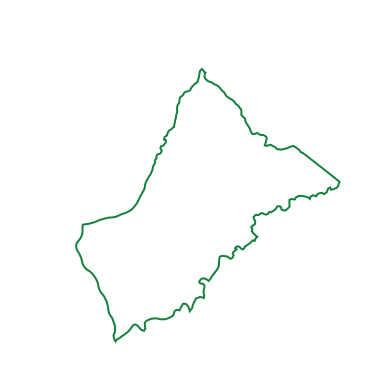 Itaí, São Paulo, Brazil (Albers equal-area conic projection), rotated 243°
{"feature_id": "56859067B26422761030240", "entity_name": "Itaí", "entity_type": "district", "adm_level": 2, "iso_a3": "BRA", "parent_name": "Brazil", "parent_adm1": "São Paulo", "projection": "albers", "projection_center": [-49.058, -23.483], "detail": "fine", "context": "isolated", "style": "outline", "palette": "green", "viewbox_px": 384, "rotation_deg": 243, "n_neighbors": 0, "source": "geoboundaries", "source_scale": "gbopen_adm2", "svg_char_len": 4332}
<svg xmlns="http://www.w3.org/2000/svg" viewBox="0 0 384 384"><g transform="rotate(243 192 192)"><path d="M124.2,63.6L121.5,63.1L119.5,63.1L117.0,63.5L114.9,63.6L112.7,63.2L110.9,63.0L109.3,62.8L106.8,62.3L105.0,61.2L103.0,60.3L101.7,59.2L100.3,57.3L98.6,56.5L95.7,55.9L93.6,55.9L94.7,58.4L94.6,61.0L95.2,62.8L95.5,65.9L95.9,68.6L96.6,71.6L97.4,74.0L98.6,76.2L100.2,79.5L99.6,81.4L98.2,82.5L96.7,83.1L92.3,84.1L90.1,86.1L91.5,88.4L94.6,89.4L96.7,90.5L97.8,92.4L97.9,94.7L97.4,98.6L96.4,101.3L95.2,103.5L93.0,105.9L90.9,110.2L90.3,113.2L90.2,116.1L90.5,118.9L92.2,120.9L93.7,122.3L94.1,124.6L92.2,127.2L95.0,130.8L96.5,133.5L95.0,135.8L92.3,136.6L89.0,136.4L86.9,135.9L88.6,139.6L90.7,141.2L92.3,143.1L93.3,144.7L95.3,147.1L95.0,149.6L94.9,151.5L93.6,153.0L92.2,154.4L94.5,156.0L97.7,156.9L99.6,158.1L101.5,159.9L103.6,160.8L105.1,160.1L106.5,158.2L108.0,157.4L109.4,158.3L110.4,161.2L109.7,163.5L107.3,165.4L105.1,166.6L106.5,169.5L108.0,171.7L109.1,174.2L111.4,178.8L112.5,180.7L113.7,182.0L115.5,183.3L119.0,185.2L121.8,187.5L121.3,190.1L118.9,193.7L117.0,194.9L115.0,196.0L115.0,198.2L116.7,200.3L118.8,200.4L119.8,201.6L120.6,205.8L122.4,204.9L123.1,207.0L122.2,209.0L118.1,210.7L117.9,212.7L119.2,214.0L119.5,216.1L119.8,218.3L120.2,220.5L120.7,222.4L121.3,224.3L119.9,225.4L121.6,227.3L122.5,229.9L124.4,228.9L127.2,228.0L130.1,227.5L131.5,229.1L133.9,228.8L134.5,230.8L134.7,233.3L136.4,234.7L138.3,235.1L139.9,235.0L142.0,235.6L142.7,238.8L141.6,239.9L141.3,241.6L141.7,243.2L141.3,245.1L139.6,246.1L138.1,248.0L138.1,249.9L139.2,251.9L138.1,253.1L138.1,255.0L138.4,257.6L139.2,259.3L140.4,261.5L139.4,263.9L137.5,264.3L135.9,263.8L134.5,264.6L133.2,266.6L133.7,269.7L134.7,272.3L137.0,273.3L138.7,274.2L140.6,275.1L140.7,277.5L139.5,278.7L138.7,280.4L139.8,281.6L140.0,283.4L140.0,285.6L138.8,287.8L137.1,290.1L135.7,291.7L134.1,293.2L132.3,293.8L134.1,295.7L134.2,298.4L131.8,300.5L133.2,303.1L133.0,305.2L132.1,307.7L130.1,308.7L130.5,311.7L132.1,313.6L133.4,315.2L133.2,317.2L131.0,316.8L130.2,319.3L130.2,321.3L130.1,323.2L131.0,325.0L132.8,326.6L134.2,328.1L152.1,319.9L176.3,308.6L177.7,307.2L180.2,306.7L182.6,305.8L184.3,304.8L186.0,304.0L187.2,302.9L187.8,299.1L187.8,296.4L188.3,294.8L188.8,292.3L189.5,290.2L191.7,287.1L194.3,286.4L196.2,285.0L198.3,283.6L198.9,281.6L199.2,279.4L200.5,278.0L201.8,279.4L203.6,281.0L205.9,283.0L207.8,283.1L210.3,281.6L211.8,278.9L215.1,276.7L215.3,273.8L216.2,272.2L219.2,271.8L222.5,272.3L226.1,272.0L228.2,271.7L230.4,271.6L232.9,272.6L235.9,271.7L238.0,270.9L241.8,272.8L243.7,273.3L245.6,272.6L247.5,272.6L250.9,270.9L252.5,270.8L254.8,270.2L256.6,269.2L258.6,267.8L261.9,266.2L264.2,266.0L266.0,265.9L268.9,264.8L271.4,264.3L272.9,263.8L274.4,263.4L276.0,262.4L278.1,260.6L280.1,259.8L282.7,257.2L284.7,256.0L286.9,255.3L289.3,255.5L291.2,257.0L292.2,258.3L293.7,257.3L295.3,257.3L297.1,256.6L296.1,254.0L293.9,252.2L292.1,251.1L289.3,248.5L287.5,246.9L287.1,243.9L285.8,239.8L284.9,238.5L283.6,236.5L283.5,234.4L284.0,232.7L284.1,230.4L282.2,227.5L282.0,225.8L281.6,224.0L279.4,222.5L277.2,220.9L276.1,218.9L274.8,217.6L272.1,215.9L270.3,215.4L267.8,213.0L266.3,211.8L264.9,211.1L264.0,209.8L261.8,208.4L259.9,206.6L258.1,205.6L258.0,203.9L257.2,202.1L257.2,200.1L256.7,198.4L255.2,196.7L253.8,195.3L253.3,192.3L251.3,190.8L250.4,192.2L248.7,191.9L247.2,189.6L246.3,187.1L246.8,185.1L245.4,183.7L242.2,183.7L240.7,181.4L241.1,177.9L239.6,176.2L238.1,175.7L237.1,173.3L234.8,172.4L233.3,170.2L232.5,168.8L231.0,167.8L229.2,166.3L227.6,164.3L226.0,162.1L224.9,160.0L223.9,158.4L222.8,156.8L221.7,155.4L220.0,153.7L218.0,152.4L216.1,150.6L214.5,148.3L213.1,146.3L212.3,144.8L210.3,142.3L208.2,139.6L206.9,137.7L205.4,134.5L204.1,131.5L203.7,129.2L203.5,127.2L203.4,123.6L204.1,119.7L204.4,113.4L205.2,110.3L206.9,106.3L207.7,103.5L208.1,101.5L208.8,98.3L209.1,96.3L209.1,93.7L209.6,90.0L210.0,88.0L210.5,85.8L211.9,81.7L212.5,79.9L210.7,78.7L209.3,77.9L205.9,76.2L203.8,74.6L202.4,73.0L201.2,71.1L199.9,68.4L199.1,66.6L198.0,65.2L196.5,64.3L194.4,63.5L192.2,63.3L190.7,63.3L188.7,63.5L187.1,63.5L184.6,63.4L182.6,63.1L178.4,62.1L176.0,61.9L173.6,62.1L170.5,63.1L168.1,64.7L164.2,66.2L160.6,66.8L157.8,67.0L153.9,66.8L150.0,65.7L147.3,65.2L144.3,65.2L139.8,66.2L136.7,66.2L132.9,66.2L128.5,65.2L125.6,64.3L124.2,63.6Z" fill="none" stroke="#15803d" stroke-width="2"/></g></svg>